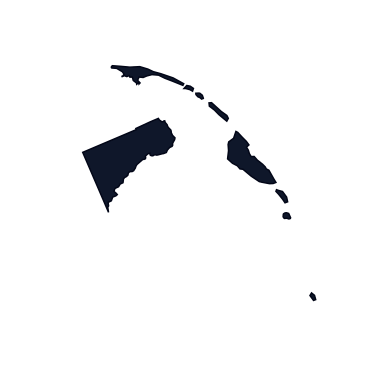 outline of Monroe, United States of America, rotated 247°
{"feature_id": "52423323B83657020181819", "entity_name": "Monroe", "entity_type": "district", "adm_level": 2, "iso_a3": "USA", "parent_name": "United States of America", "parent_adm1": "", "projection": "natural_earth1", "projection_center": [-81.165, 25.16], "detail": "fine", "context": "isolated", "style": "filled", "palette": "ink", "viewbox_px": 384, "rotation_deg": 247, "n_neighbors": 0, "source": "geoboundaries", "source_scale": "gbopen_adm2", "svg_char_len": 2740}
<svg xmlns="http://www.w3.org/2000/svg" viewBox="0 0 384 384"><g transform="rotate(247 192 192)"><path d="M271.2,106.9L219.5,107.2L205.9,107.2L210.8,108.5L211.8,109.8L215.2,110.7L215.4,114.3L218.3,117.0L218.2,120.4L218.8,122.2L220.2,121.8L223.1,120.4L225.4,122.5L225.5,126.4L227.4,129.0L227.5,132.1L230.9,134.1L231.7,135.8L231.8,137.5L232.5,139.5L234.3,140.8L234.9,142.1L235.0,142.7L234.2,145.0L234.4,146.6L236.2,149.2L237.6,150.4L238.8,152.0L241.2,159.4L241.1,159.8L240.8,160.5L240.8,162.1L241.8,162.8L243.2,163.0L244.4,166.3L244.3,167.6L244.0,168.5L242.6,167.9L241.9,168.2L241.0,169.2L240.6,170.3L240.9,171.2L240.6,172.8L239.8,173.8L239.5,174.9L238.8,179.7L238.5,180.7L238.4,183.8L240.2,185.7L241.2,187.7L241.7,189.0L241.8,191.5L242.6,192.5L244.1,193.0L245.0,193.9L246.9,196.4L248.5,197.5L251.8,196.2L254.8,196.1L256.2,196.6L257.4,196.7L260.4,195.5L262.0,195.2L263.5,195.4L266.5,194.5L268.2,194.7L268.4,193.7L268.1,192.8L268.3,191.8L271.0,190.1L272.9,189.8L272.9,181.1L272.4,165.1L271.2,165.1L271.2,125.3L271.2,112.8L271.2,106.9ZM168.1,270.0L168.0,273.0L172.1,272.4L182.0,271.3L184.2,269.4L186.5,269.2L190.0,267.8L195.8,264.6L200.4,263.1L201.5,260.3L204.8,259.8L208.5,260.2L212.0,259.7L213.1,262.8L217.4,261.8L222.9,259.6L229.0,257.4L230.6,256.1L225.2,251.3L223.8,245.4L221.6,243.8L215.8,241.8L208.6,237.7L202.6,240.5L198.4,244.0L194.5,245.2L193.0,247.8L183.4,252.7L175.3,258.0L173.6,260.3L169.4,266.6L168.1,270.0ZM337.4,166.7L337.2,167.2L335.2,171.0L329.9,174.9L326.9,175.5L325.7,173.3L325.8,172.8L325.5,172.8L325.5,175.2L323.7,177.1L323.7,179.7L322.0,179.7L321.1,182.0L317.6,181.5L314.1,183.5L312.8,183.2L313.6,185.8L312.1,185.4L312.7,186.8L316.1,185.6L318.5,188.2L316.5,191.8L316.5,195.7L315.7,201.0L312.6,206.9L307.3,211.5L301.4,217.6L293.7,225.3L294.9,226.7L304.4,219.2L313.1,209.5L317.9,203.4L322.4,199.4L327.8,192.9L331.2,183.6L335.9,174.8L339.4,168.0L339.2,167.7L338.9,166.9L338.3,166.5L337.9,166.4L337.4,166.7ZM243.6,251.7L245.6,254.2L248.8,254.0L254.7,250.4L266.6,244.9L267.4,242.5L264.2,241.5L258.6,244.7L252.7,247.0L248.0,249.4L243.6,251.7ZM145.7,273.4L145.6,276.2L150.4,277.1L157.1,275.5L159.7,272.2L161.1,270.7L159.8,269.5L156.3,270.8L149.9,272.6L145.7,273.4ZM129.3,270.7L129.2,272.2L129.8,272.7L134.5,272.6L135.9,271.0L136.4,269.5L136.2,267.9L135.9,267.4L133.6,266.2L132.5,266.3L131.6,266.7L130.8,269.0L129.3,270.7ZM284.6,231.9L286.8,233.8L290.1,231.7L292.1,228.8L291.0,226.4L290.4,225.1L289.8,226.5L287.1,230.0L284.6,231.9ZM273.7,239.0L273.8,239.1L274.2,239.1L277.0,239.3L279.7,237.9L280.3,237.1L280.6,236.3L281.4,234.1L280.1,233.7L277.4,234.6L275.6,236.3L273.8,237.1L273.7,239.0ZM44.7,261.5L44.6,263.8L49.0,264.4L52.4,262.6L50.6,260.1L46.5,261.1L44.7,261.5Z" fill="#0f172a" stroke="#020617" stroke-width="1.5"/></g></svg>